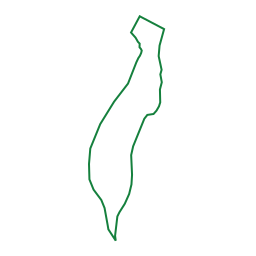 the border of Kayunga, rotated 30°
{"feature_id": "UGA-3067", "entity_name": "Kayunga", "entity_type": "District", "adm_level": 1, "iso_a3": "UGA", "parent_name": "Uganda", "parent_adm1": "", "projection": "orthographic", "projection_center": [32.888, 1.01], "detail": "fine", "context": "isolated", "style": "outline", "palette": "green", "viewbox_px": 256, "rotation_deg": 30, "n_neighbors": 0, "source": "natural_earth", "source_scale": "10m", "svg_char_len": 699}
<svg xmlns="http://www.w3.org/2000/svg" viewBox="0 0 256 256"><g transform="rotate(30 128 128)"><path d="M102.8,112.1L105.8,89.5L102.4,67.0L102.0,62.2L102.2,59.5L101.9,56.5L101.2,54.1L99.7,53.1L97.6,52.3L95.9,49.1L93.5,48.4L89.4,46.0L82.9,43.8L82.3,25.4L109.8,24.3L114.1,40.8L118.6,50.4L128.0,60.8L129.2,65.4L134.4,71.5L136.4,78.7L143.1,89.7L144.0,93.7L144.0,98.7L143.1,103.1L138.2,107.0L137.5,111.8L141.6,141.3L144.3,149.9L154.9,166.5L159.2,175.1L162.0,184.6L163.1,195.2L162.7,205.2L163.0,209.9L170.7,227.8L173.7,231.7L161.7,225.6L158.8,222.1L147.7,209.0L140.9,203.7L129.0,198.6L120.3,191.8L112.2,178.6L105.6,164.6L102.0,138.5L102.8,112.1Z" fill="none" stroke="#15803d" stroke-width="2"/></g></svg>